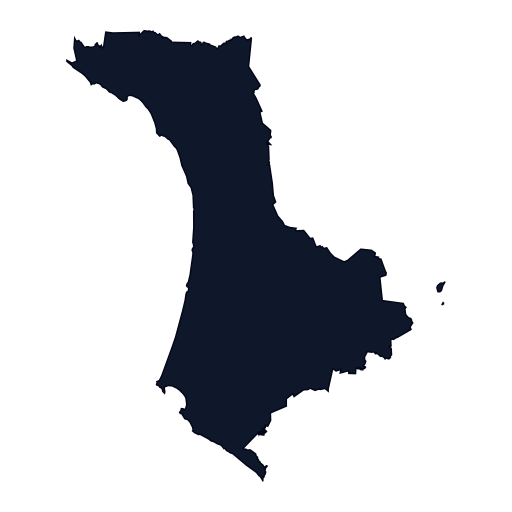 Comondú, Baja California Sur, Mexico (Albers equal-area conic projection)
{"feature_id": "50627088B21176552123181", "entity_name": "Comondú", "entity_type": "district", "adm_level": 2, "iso_a3": "MEX", "parent_name": "Mexico", "parent_adm1": "Baja California Sur", "projection": "albers", "projection_center": [-111.876, 25.447], "detail": "fine", "context": "isolated", "style": "filled", "palette": "ink", "viewbox_px": 512, "rotation_deg": 0, "n_neighbors": 0, "source": "geoboundaries", "source_scale": "gbopen_adm2", "svg_char_len": 5950}
<svg xmlns="http://www.w3.org/2000/svg" viewBox="0 0 512 512"><path d="M251.3,38.0L250.8,38.0L249.8,39.6L249.2,39.3L247.4,40.0L245.6,39.0L243.8,36.2L239.8,37.7L238.8,36.5L237.9,36.2L235.9,37.1L234.6,37.0L232.9,38.0L232.3,39.3L231.0,39.4L231.0,40.1L230.3,40.5L229.6,40.3L227.9,41.3L226.4,41.5L226.0,43.3L223.9,43.2L220.6,46.1L219.9,46.4L219.1,45.9L217.6,49.0L216.7,48.7L215.6,47.1L209.0,44.6L209.3,44.1L205.8,43.2L204.1,42.3L203.3,42.5L202.7,44.0L201.3,44.9L200.7,42.3L199.1,42.1L197.9,41.0L194.3,43.9L193.5,43.6L193.0,43.9L192.1,45.8L190.6,45.5L190.6,42.7L171.5,42.3L171.3,41.2L166.8,37.7L164.7,37.4L162.5,38.0L162.8,36.7L161.5,36.3L159.6,33.8L158.3,34.7L157.0,34.6L155.3,32.8L154.0,32.7L153.1,31.3L151.5,31.9L150.3,31.2L148.6,31.0L147.9,32.1L147.1,31.1L144.2,30.7L139.2,35.4L139.3,32.4L113.0,33.0L105.8,32.1L103.5,47.7L102.8,47.8L101.8,46.7L101.3,45.4L101.0,46.0L99.4,46.1L100.5,46.9L100.3,47.4L99.2,46.7L98.6,45.5L97.5,44.6L97.4,43.1L97.0,42.9L95.3,44.6L95.4,45.3L94.7,46.3L93.3,47.1L90.0,47.3L88.2,46.7L86.3,46.8L84.7,47.8L81.0,42.4L80.0,42.1L78.8,40.5L77.3,41.1L75.9,40.8L74.7,38.4L74.0,48.1L76.9,61.0L72.0,63.1L66.9,60.3L66.9,61.4L71.9,65.4L73.3,67.4L81.9,73.1L85.4,76.1L90.5,82.3L91.2,84.6L92.4,83.8L94.5,83.8L96.0,82.7L99.1,83.5L101.1,84.9L102.4,86.8L106.6,88.8L109.5,92.0L111.7,92.7L115.8,95.3L119.4,98.8L123.3,101.3L126.4,100.3L127.2,98.9L126.9,98.4L127.2,96.4L129.1,95.3L132.3,95.6L139.3,98.8L142.8,102.3L146.1,106.9L148.2,108.9L151.2,113.5L154.9,122.7L156.5,128.7L156.7,132.9L159.8,136.1L161.6,134.8L162.8,135.7L165.1,136.4L168.0,139.0L169.7,139.8L174.5,146.4L176.2,147.9L177.4,150.0L180.2,157.9L181.9,165.4L186.7,176.4L188.2,183.4L191.1,187.3L193.1,195.1L193.6,207.7L194.4,209.3L193.7,211.2L193.8,227.7L192.8,242.4L193.5,244.3L193.8,247.8L192.9,248.0L192.4,249.0L192.2,250.6L192.9,251.8L193.0,253.9L190.1,275.0L188.4,282.1L187.1,283.9L186.6,285.4L186.9,286.4L188.0,287.1L188.8,288.5L188.2,291.3L186.7,292.2L186.1,293.9L185.1,300.7L182.8,310.4L175.6,337.2L172.5,346.3L161.9,375.5L159.4,380.6L156.9,381.6L157.3,382.3L156.5,384.5L156.8,385.0L159.0,385.8L159.7,387.1L161.4,388.0L162.2,388.9L162.8,391.4L164.5,393.2L164.8,392.0L164.2,387.5L165.3,386.5L168.4,385.5L172.3,385.9L177.0,388.2L179.7,390.2L183.2,393.7L185.3,396.6L186.0,398.4L186.7,403.8L186.5,406.1L185.5,408.7L184.1,409.7L183.2,408.8L181.4,408.6L180.8,410.9L179.6,412.3L180.3,413.4L182.7,414.1L182.5,415.0L184.8,418.7L187.6,419.5L190.1,422.2L192.6,427.2L193.2,430.1L192.6,430.9L195.2,433.1L195.6,432.9L197.2,433.6L197.3,434.1L198.5,433.9L198.6,434.5L200.1,434.3L209.8,439.6L210.2,440.4L210.8,440.4L211.5,441.1L213.3,441.4L217.5,443.8L220.3,444.7L222.0,446.1L223.9,448.6L224.4,448.2L225.1,448.4L226.0,449.9L227.3,451.0L229.0,451.6L229.5,452.4L230.2,452.3L231.1,453.2L231.6,453.0L233.1,453.9L246.4,465.1L256.5,472.4L258.9,475.6L260.2,476.4L262.4,479.8L262.8,481.3L262.9,477.8L264.0,477.0L264.0,475.9L265.1,474.1L265.7,472.1L264.8,470.8L265.3,469.5L265.0,468.8L267.1,466.1L266.3,465.8L264.8,467.2L264.6,468.0L264.1,468.1L263.8,466.5L262.7,464.9L260.6,463.3L259.9,461.9L258.7,461.0L258.3,459.4L257.1,458.8L257.5,457.3L255.8,455.5L255.7,454.0L250.2,449.9L247.1,450.1L246.0,449.3L243.4,449.0L243.0,448.4L259.3,431.5L260.4,432.2L261.1,431.5L262.5,431.5L263.4,431.8L263.7,432.9L263.4,433.4L261.9,432.6L261.2,433.1L261.8,434.1L260.9,434.2L260.1,433.7L260.6,433.4L259.5,433.1L259.7,433.6L259.3,434.2L259.3,433.4L258.7,433.9L258.6,433.3L258.6,433.9L258.9,434.4L259.8,434.8L259.4,434.6L260.2,434.4L263.0,435.0L264.6,435.0L263.1,434.9L264.0,434.4L263.3,434.6L262.9,433.5L264.1,433.7L265.8,432.0L265.3,431.6L266.3,431.2L264.7,429.7L264.1,429.9L265.0,431.1L263.2,430.4L262.0,429.3L262.0,428.8L262.8,429.0L262.6,428.5L263.7,428.1L264.7,428.8L264.5,428.5L265.2,427.6L264.9,427.2L265.5,426.6L264.7,426.1L264.9,425.3L266.1,425.3L266.7,425.9L267.0,425.9L266.7,425.4L267.1,425.5L267.8,426.1L270.6,420.4L270.4,412.9L286.3,406.1L286.3,398.8L292.8,393.7L294.1,396.5L303.6,389.8L307.7,389.6L310.2,388.2L315.1,390.4L318.3,389.2L320.7,389.4L324.9,388.4L328.2,391.1L328.2,388.8L332.8,368.4L336.0,371.0L340.8,369.4L340.2,373.0L348.7,370.7L348.8,373.4L355.5,373.6L355.9,368.1L357.3,368.4L358.0,367.8L358.1,368.8L359.0,368.6L358.9,368.0L359.8,368.9L360.3,368.1L360.9,368.7L360.3,369.1L361.1,369.8L361.9,369.2L362.8,369.8L363.3,368.8L363.2,368.3L364.2,367.8L364.5,368.3L365.4,367.6L365.4,367.0L363.2,366.0L364.7,364.1L365.7,361.6L365.6,361.0L364.7,360.2L364.5,357.0L367.3,351.6L371.7,352.2L373.7,351.8L375.5,353.7L376.4,352.9L377.0,353.8L377.9,353.8L380.4,356.3L381.1,356.0L383.7,357.0L385.1,358.9L386.1,357.9L388.4,358.8L389.4,358.6L390.5,357.1L390.0,356.3L391.5,354.8L391.2,348.6L389.2,346.3L391.0,346.0L390.7,339.7L391.9,339.1L393.6,339.4L396.6,337.3L397.1,337.5L411.0,329.4L410.0,327.0L412.7,322.9L411.6,321.2L411.5,319.8L410.5,319.1L410.7,318.5L408.3,317.7L405.7,314.7L404.8,309.0L405.9,307.3L404.2,305.9L403.3,303.5L382.3,300.6L379.8,277.1L385.8,275.2L386.2,272.8L385.4,271.5L380.9,259.1L378.2,258.7L378.5,257.2L374.6,256.5L375.3,253.0L371.4,250.3L360.8,249.2L347.7,260.4L344.1,261.9L334.2,257.2L330.1,253.0L326.7,247.8L323.6,248.5L322.3,246.7L320.9,247.4L320.1,245.8L316.2,247.1L312.7,238.1L310.1,238.6L303.7,230.5L295.8,230.9L295.7,228.7L296.0,228.3L289.7,227.5L284.4,225.5L282.5,221.6L277.7,216.1L272.6,204.6L275.6,202.0L273.3,195.5L272.3,183.5L269.5,164.9L268.5,164.9L269.4,162.7L268.6,160.7L269.0,159.3L268.5,146.7L267.3,144.3L270.5,144.5L268.5,142.4L265.9,142.4L267.8,141.4L269.8,138.0L270.9,137.7L271.1,136.7L270.6,136.3L270.1,133.4L270.5,132.9L270.6,130.4L262.3,123.2L259.8,112.1L261.9,111.2L256.1,98.4L253.1,93.1L254.1,92.1L253.8,91.7L254.3,89.6L257.0,89.2L258.1,88.5L258.5,87.1L259.7,86.3L260.1,85.1L248.5,66.5L251.2,40.1L250.8,39.5L251.3,39.2L251.3,38.0ZM442.7,285.9L445.1,281.7L443.4,283.1L440.4,283.2L437.6,285.7L436.9,287.6L437.9,291.6L439.8,291.8L441.4,290.5L442.7,285.9ZM443.5,303.1L443.1,302.7L441.8,304.9L443.5,303.9L443.5,303.1Z" fill="#0f172a" stroke="#020617" stroke-width="1.5"/></svg>